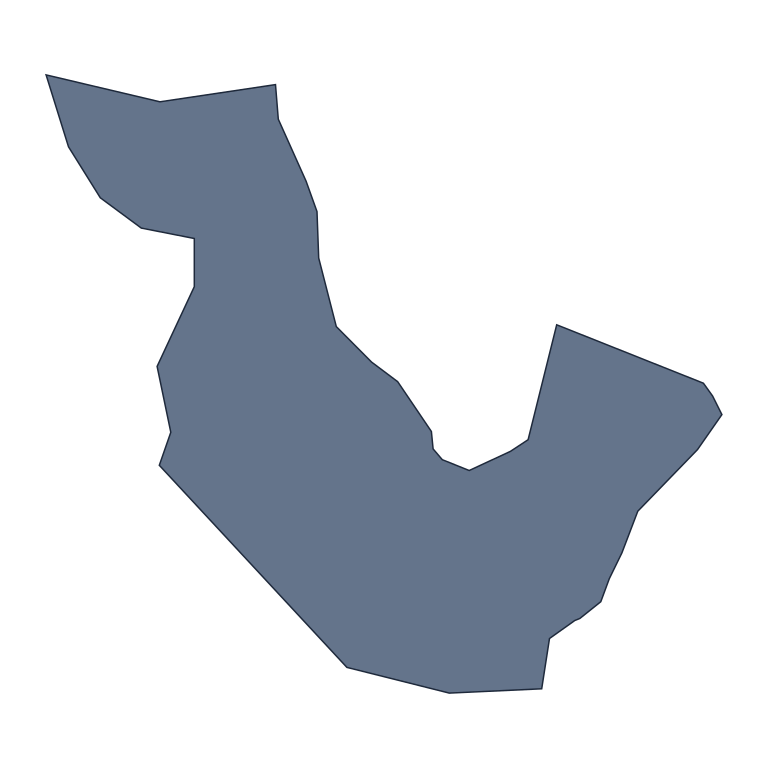 map outline of Piran (orthographic projection)
{"feature_id": "SVN-1033", "entity_name": "Piran", "entity_type": "Municipality", "adm_level": 1, "iso_a3": "SVN", "parent_name": "Slovenia", "parent_adm1": "", "projection": "orthographic", "projection_center": [13.635, 45.499], "detail": "fine", "context": "isolated", "style": "filled", "palette": "slate", "viewbox_px": 768, "rotation_deg": 0, "n_neighbors": 0, "source": "natural_earth", "source_scale": "10m", "svg_char_len": 632}
<svg xmlns="http://www.w3.org/2000/svg" viewBox="0 0 768 768"><path d="M449.1,693.1L448.5,692.9L346.9,667.4L159.3,465.3L170.8,432.3L157.1,366.4L194.3,286.7L194.3,238.5L141.3,228.1L100.3,197.8L68.5,146.8L46.1,74.9L159.9,101.8L275.5,84.6L278.3,119.2L306.1,181.2L317.0,211.6L318.7,258.0L336.3,326.6L371.6,362.1L397.7,381.7L431.4,431.5L433.1,448.9L442.3,459.7L469.2,470.5L510.5,451.3L528.1,439.7L556.7,324.8L703.4,383.2L712.6,396.0L721.9,414.6L697.5,449.6L637.8,511.2L621.9,552.9L609.3,578.7L600.8,601.7L579.8,618.5L574.8,620.5L549.5,638.5L542.0,686.9L541.7,688.8L449.1,693.1Z" fill="#64748b" stroke="#1e293b" stroke-width="1.5"/></svg>